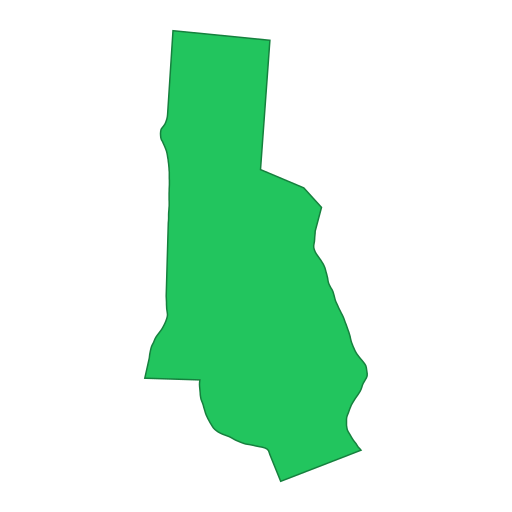 outline of General Angel V. Peñaloza, La Rioja, Argentina
{"feature_id": "61730980B31870245826613", "entity_name": "General Angel V. Peñaloza", "entity_type": "district", "adm_level": 2, "iso_a3": "ARG", "parent_name": "Argentina", "parent_adm1": "La Rioja", "projection": "natural_earth1", "projection_center": [-66.64, -30.285], "detail": "fine", "context": "isolated", "style": "filled", "palette": "green", "viewbox_px": 512, "rotation_deg": 0, "n_neighbors": 0, "source": "geoboundaries", "source_scale": "gbopen_adm2", "svg_char_len": 3322}
<svg xmlns="http://www.w3.org/2000/svg" viewBox="0 0 512 512"><path d="M144.8,378.2L199.9,379.9L199.6,382.3L199.5,384.4L199.6,386.5L199.8,388.6L200.0,390.7L200.2,392.8L200.3,394.9L200.6,397.0L201.0,399.1L201.7,401.0L202.5,403.0L203.2,405.0L203.7,407.0L204.3,409.0L204.9,411.0L205.5,413.1L206.2,415.0L207.1,416.9L208.0,418.8L209.0,420.6L210.0,422.5L211.1,424.3L212.2,426.1L213.3,427.8L214.7,429.3L216.3,430.6L217.9,431.8L219.7,432.8L221.5,433.7L223.4,434.5L225.3,435.2L227.2,435.9L229.1,436.6L230.9,437.5L232.7,438.5L234.4,439.5L236.2,440.4L238.1,441.2L240.0,442.0L241.8,442.7L243.7,443.4L245.7,444.0L247.6,444.3L249.6,444.6L251.6,445.0L253.6,445.4L255.5,445.9L257.5,446.3L259.5,446.7L261.4,447.0L263.4,447.5L265.3,448.1L267.1,449.1L268.5,450.6L269.2,452.5L269.9,454.6L280.7,481.3L361.0,450.2L359.7,448.6L358.2,447.1L357.1,445.4L356.0,443.6L354.7,442.0L353.4,440.3L352.3,438.6L351.2,436.8L350.2,435.0L349.1,433.2L348.0,431.4L347.2,429.5L346.8,427.4L346.5,425.3L346.5,423.2L346.5,421.1L346.5,419.0L346.8,416.9L347.5,414.9L348.3,413.0L349.0,411.0L349.7,409.0L350.5,407.1L351.3,405.1L352.3,403.3L353.4,401.5L354.5,399.7L355.6,398.0L356.8,396.3L358.0,394.6L359.1,392.9L360.2,391.1L361.1,389.2L361.8,387.2L362.4,385.2L363.2,383.3L364.3,381.5L365.3,379.7L366.4,377.9L367.1,375.9L367.2,373.8L366.9,371.7L366.3,367.5L365.7,365.5L364.6,363.7L363.3,362.0L362.0,360.4L360.7,358.9L359.4,357.3L358.1,355.6L356.9,354.0L355.8,352.2L354.8,350.3L354.0,348.4L353.1,346.5L352.4,344.6L351.6,342.6L351.0,340.6L350.5,338.5L350.1,336.5L349.5,334.4L348.9,332.4L348.2,330.5L347.5,328.5L346.8,326.5L346.1,324.5L345.3,322.6L344.6,320.6L343.9,318.6L343.1,316.7L342.2,314.8L341.2,313.0L340.3,311.1L339.3,309.2L338.4,307.3L337.6,305.4L336.7,303.5L335.8,301.6L335.1,299.6L334.6,297.6L334.1,295.6L333.5,293.5L332.9,291.5L332.0,289.6L330.9,287.9L329.9,286.0L329.0,284.2L328.3,282.2L327.9,280.1L327.6,278.0L327.1,276.0L326.6,273.9L326.0,271.9L325.5,269.9L324.9,267.8L324.1,265.9L323.2,264.0L322.1,262.3L321.0,260.5L319.8,258.8L318.6,257.1L317.4,255.4L316.2,253.7L315.2,251.9L314.4,249.9L313.8,247.9L313.7,245.8L314.0,243.7L314.4,241.6L314.6,239.5L314.7,237.4L314.9,235.3L315.1,233.2L315.2,231.1L321.5,207.4L303.8,187.9L260.5,169.6L269.9,40.3L173.0,30.7L167.6,114.2L167.4,116.3L167.0,118.4L166.4,120.4L165.7,122.4L164.8,124.3L163.6,126.0L162.3,127.6L161.1,129.3L160.7,131.3L160.5,133.5L160.6,135.6L160.8,137.7L161.4,139.7L162.5,141.5L163.3,143.4L164.2,145.3L165.0,147.2L165.8,149.2L166.5,151.2L167.0,153.2L167.4,155.3L167.7,157.4L168.1,159.5L168.3,161.6L168.6,163.7L168.8,165.8L169.0,167.9L169.1,170.0L169.3,172.1L169.3,174.2L169.3,176.3L169.3,178.4L169.4,180.5L169.4,182.6L169.4,184.8L169.3,186.9L169.2,189.0L169.2,191.1L169.1,193.2L169.1,195.3L169.1,197.4L169.1,199.5L169.2,201.7L169.2,203.8L169.2,205.9L169.0,208.0L168.9,210.1L168.7,212.2L168.6,214.3L168.6,216.4L168.6,218.5L168.5,220.7L168.3,222.8L166.2,296.0L166.3,298.1L166.4,300.2L166.5,302.3L166.5,304.4L166.6,306.5L166.7,308.6L167.0,310.7L167.3,312.8L167.5,314.9L167.2,317.0L166.6,319.0L165.9,321.0L165.1,322.9L164.2,324.8L163.2,326.7L162.2,328.5L161.1,330.2L159.8,331.9L158.6,333.5L157.3,335.2L156.1,336.9L155.1,338.7L154.3,340.6L153.5,342.6L152.5,344.4L151.6,346.3L151.0,348.3L150.5,350.4L150.1,352.4L149.7,354.5L149.3,358.0L144.8,378.2Z" fill="#22c55e" stroke="#15803d" stroke-width="1.5"/></svg>